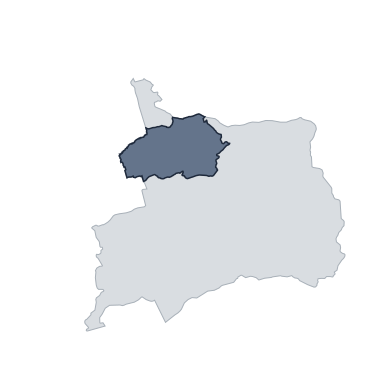 Democratic Republic of the Congo, with Bandundu highlighted, rotated 74°
{"feature_id": "COD-1871", "entity_name": "Bandundu", "entity_type": "Province", "adm_level": 1, "iso_a3": "COD", "parent_name": "Democratic Republic of the Congo", "parent_adm1": "", "projection": "robinson", "projection_center": [18.46, -4.427], "detail": "fine", "context": "in_parent", "style": "filled", "palette": "slate", "viewbox_px": 384, "rotation_deg": 74, "n_neighbors": 0, "source": "natural_earth", "source_scale": "10m", "svg_char_len": 9381}
<svg xmlns="http://www.w3.org/2000/svg" viewBox="0 0 384 384"><g transform="rotate(74 192 192)"><path d="M310.0,253.4L285.7,257.8L286.1,259.4L285.9,261.0L285.3,262.3L282.8,265.7L279.1,268.8L279.1,269.6L280.9,273.1L282.0,277.8L281.7,286.3L282.1,288.6L282.0,290.3L280.8,292.3L278.2,302.5L279.8,307.4L284.6,312.0L287.3,315.4L292.1,316.6L292.8,316.4L293.2,313.6L296.9,312.5L296.8,330.6L296.5,331.6L295.8,331.8L294.9,331.2L294.6,329.5L293.6,328.8L289.0,331.0L287.8,331.0L286.5,330.6L285.6,329.6L285.4,328.3L282.2,323.0L280.6,322.6L278.8,317.9L271.6,314.4L268.8,314.1L267.4,313.1L266.0,309.3L263.5,306.9L263.0,304.3L262.5,303.9L261.1,304.4L259.8,308.7L258.1,309.6L255.1,309.7L247.7,308.5L242.4,306.4L241.0,306.5L238.9,304.5L238.0,301.3L238.5,298.8L238.1,298.4L230.0,300.5L228.0,301.8L226.2,301.5L225.6,300.8L226.4,299.1L226.0,297.2L225.4,296.3L223.0,295.6L222.3,293.6L220.8,293.4L220.3,293.6L220.0,295.0L219.1,295.5L214.2,294.8L209.2,296.6L202.4,296.1L199.2,298.2L198.7,298.2L198.0,297.1L197.4,293.7L197.8,292.7L198.8,292.0L199.1,290.7L198.8,287.1L199.1,286.3L198.7,284.2L197.7,281.0L196.3,278.3L193.3,274.3L192.7,272.4L192.9,268.0L193.9,260.9L193.8,255.6L192.6,252.2L192.3,248.5L193.1,241.9L192.3,240.3L176.9,239.8L176.3,239.3L176.0,238.4L176.7,234.5L167.3,235.4L164.5,236.2L162.8,237.8L162.2,239.8L162.1,242.7L160.7,245.4L160.3,250.1L157.7,250.6L155.1,250.6L150.1,249.6L145.2,250.9L142.8,252.2L141.6,251.6L137.2,252.0L136.6,251.7L131.6,242.5L129.4,239.5L128.9,238.0L129.1,236.6L128.5,234.7L126.2,230.0L125.8,227.8L125.9,224.3L125.6,223.2L123.5,220.2L122.1,219.3L120.6,218.7L95.4,219.2L87.1,218.6L81.0,219.0L77.9,218.7L77.0,218.3L74.3,218.9L72.8,220.2L70.6,220.8L69.3,220.5L66.7,217.2L70.2,216.6L70.5,216.2L70.7,208.1L69.8,206.9L71.7,205.5L74.7,201.9L77.7,200.6L78.1,199.9L78.8,199.9L79.8,201.5L82.4,203.4L85.6,201.7L86.0,201.2L86.4,197.7L87.2,197.4L88.6,198.2L89.3,198.2L90.7,197.2L94.8,195.4L96.0,197.6L94.9,199.7L95.4,201.1L95.5,203.3L96.2,203.8L99.4,204.1L100.4,203.5L106.8,195.5L108.4,194.6L111.1,191.4L114.7,190.0L116.3,187.5L118.3,183.0L119.2,176.5L118.9,165.3L119.2,163.8L123.5,158.8L127.9,149.6L130.9,147.2L133.2,146.2L136.7,142.9L139.4,139.5L139.1,135.5L139.7,132.1L141.2,127.8L141.7,123.3L141.2,118.6L141.4,114.7L143.5,108.5L143.6,101.3L145.5,95.3L149.2,87.8L150.9,82.1L150.5,76.5L151.0,72.4L150.8,70.0L150.2,67.9L150.5,66.6L151.9,66.0L153.6,63.9L156.7,58.4L160.1,55.8L162.4,54.9L164.9,55.0L166.4,55.5L169.0,57.6L172.0,59.4L174.2,61.5L176.3,64.8L181.6,65.6L183.8,66.8L185.2,67.2L185.7,66.9L186.7,67.1L189.2,68.1L191.2,67.5L200.8,69.7L201.9,68.6L204.6,62.9L206.6,60.9L210.0,60.7L212.5,61.8L213.9,61.8L225.8,56.9L227.3,56.7L231.6,57.9L234.4,57.1L235.6,57.3L238.0,56.5L240.0,53.0L241.6,52.2L258.7,55.9L261.3,54.1L262.5,53.9L266.3,55.2L267.5,57.3L269.7,59.1L271.4,62.1L273.9,63.8L275.2,65.4L276.7,66.5L279.8,66.9L283.7,64.2L286.5,64.5L289.3,65.9L290.3,65.9L292.4,64.3L293.5,62.6L294.6,62.2L296.2,63.0L297.6,64.6L298.8,66.8L303.1,72.0L307.2,74.2L308.2,77.3L309.7,77.0L310.5,77.3L311.5,79.3L312.3,79.7L312.4,80.5L311.4,82.4L310.4,86.0L311.7,88.2L310.7,91.4L310.1,94.7L311.5,95.6L313.2,95.5L314.8,97.2L316.0,97.5L317.3,99.3L317.1,100.9L313.0,106.3L306.9,112.9L304.8,113.7L303.8,114.9L303.0,116.8L301.2,118.5L299.9,119.1L299.8,123.9L297.7,128.9L296.9,129.9L295.8,137.9L296.0,139.3L294.9,145.9L295.0,152.0L292.1,153.9L290.0,157.0L289.1,159.1L289.1,164.0L285.8,167.1L285.5,167.8L286.4,171.3L287.6,171.9L287.6,173.1L290.3,176.8L290.1,188.5L290.3,189.6L291.7,192.4L292.6,197.6L291.6,204.3L295.2,216.6L293.5,221.1L294.3,225.4L296.5,229.9L301.7,234.4L303.0,236.2L304.3,238.7L305.5,242.5L310.0,253.4Z" fill="#d9dde1" stroke="#a8b0b8" stroke-width="1"/><path d="M118.9,175.7L118.7,174.3L118.7,174.1L119.1,172.8L119.4,170.6L118.9,167.0L118.9,166.3L118.8,166.1L118.7,165.9L118.7,165.7L118.9,164.7L118.8,164.2L118.9,163.9L119.1,163.5L119.4,163.1L120.1,162.4L120.9,161.6L121.4,161.2L122.6,159.8L123.1,159.5L123.3,159.0L123.7,159.5L124.1,160.2L124.5,160.9L124.6,161.1L124.9,161.1L128.1,161.1L128.2,159.5L128.0,159.2L127.2,158.8L127.1,158.6L127.0,158.3L127.2,158.1L127.5,158.1L129.5,158.3L130.1,158.3L130.5,158.3L132.0,157.0L136.4,154.1L137.1,153.7L138.5,153.3L139.6,152.5L140.1,152.3L141.3,152.1L141.8,151.8L142.9,150.9L143.6,150.1L144.1,149.4L144.6,148.4L144.7,148.2L144.8,148.2L145.2,148.2L147.3,148.6L147.5,148.7L148.3,149.6L148.5,149.7L149.0,150.0L149.6,150.2L150.3,150.2L151.0,149.9L151.7,149.7L152.8,149.8L153.3,149.6L153.6,149.4L153.9,148.9L154.1,148.6L154.2,148.4L154.2,148.2L154.0,147.8L153.5,147.1L153.2,146.6L153.1,146.3L153.1,145.5L153.2,145.2L153.3,144.8L153.5,144.7L154.3,144.3L155.0,143.8L155.2,143.4L155.5,142.6L155.6,142.4L155.9,142.5L156.2,142.9L156.5,143.4L156.7,144.1L156.7,144.8L156.9,146.0L157.0,146.2L157.8,147.5L158.2,148.2L158.7,149.0L159.7,150.3L160.1,151.0L160.7,152.7L161.3,153.7L162.1,155.1L162.2,155.5L162.5,157.0L162.6,157.7L162.7,157.9L163.0,158.0L163.6,158.1L163.8,158.1L164.1,157.8L164.7,156.7L165.0,156.3L165.2,156.2L165.4,156.2L165.8,156.3L166.3,156.7L166.6,157.0L166.7,157.3L166.9,157.9L167.5,159.7L167.8,160.0L168.0,160.2L169.0,160.4L170.3,160.3L171.5,160.4L171.9,160.7L172.3,161.1L172.6,161.5L173.5,161.8L174.3,162.3L174.6,162.4L174.9,162.4L175.0,162.3L176.0,161.7L176.5,161.6L177.3,161.8L177.5,161.7L177.7,161.4L177.9,161.4L178.1,161.5L182.0,166.7L182.2,167.3L182.3,168.4L181.7,169.5L181.7,169.8L181.6,170.3L181.6,170.9L181.5,171.4L181.2,172.0L180.6,172.7L180.1,173.5L177.7,180.2L177.6,180.9L177.4,183.6L177.7,187.2L177.7,188.9L177.8,189.8L177.9,192.3L177.8,192.9L177.6,193.2L177.2,193.7L176.9,194.0L176.4,194.4L175.8,194.6L175.0,194.7L174.9,194.8L174.8,195.1L174.7,195.1L174.2,195.1L173.9,195.3L173.8,195.6L173.7,195.9L173.7,196.4L173.5,196.7L173.4,196.8L173.1,196.6L172.7,196.8L172.3,196.5L171.9,195.9L171.6,195.7L171.4,195.8L171.2,195.6L170.8,195.1L170.4,195.0L169.6,195.0L169.5,195.3L169.5,195.5L169.6,196.2L169.8,196.6L170.1,197.3L170.2,198.0L170.5,198.2L170.6,198.4L170.3,198.9L170.0,199.2L169.8,199.8L169.8,200.9L169.7,201.2L169.7,201.8L169.7,202.4L169.8,202.5L170.1,203.0L170.2,203.4L170.3,203.7L170.5,204.9L170.9,205.7L170.9,205.8L170.8,206.2L170.9,206.4L171.2,206.9L171.5,208.2L171.6,209.8L171.5,210.0L171.3,210.1L171.2,210.6L171.0,211.0L170.9,211.3L171.0,214.1L171.3,215.0L171.4,215.5L171.3,216.0L171.2,216.2L171.2,216.7L171.1,217.0L171.0,217.3L170.6,217.7L170.4,218.3L170.1,218.6L169.7,218.7L169.4,219.3L169.3,219.8L169.0,220.2L168.5,220.6L168.1,220.6L167.8,220.9L167.5,220.8L167.3,221.1L166.9,221.2L166.5,221.8L166.2,221.9L166.1,222.1L165.6,222.4L165.2,222.8L165.0,223.0L164.9,223.6L165.4,228.9L165.7,229.6L166.4,231.0L167.9,233.0L168.1,233.4L168.3,234.2L168.5,235.7L162.7,235.7L163.0,236.4L162.9,236.7L162.4,237.5L162.2,237.9L162.1,240.4L162.2,241.3L162.6,242.3L162.6,242.8L162.2,243.2L162.0,243.4L161.8,244.0L161.7,244.2L161.4,244.3L160.5,244.2L160.5,244.6L160.8,245.8L160.8,246.1L160.8,246.5L160.2,248.6L160.2,249.0L160.2,249.4L160.5,250.6L152.9,250.6L152.6,250.0L152.5,249.6L152.4,249.5L149.5,249.5L149.3,249.7L149.3,250.0L149.4,250.5L148.2,250.5L147.5,250.8L147.3,250.8L146.9,250.6L145.2,250.5L144.3,250.9L144.0,251.1L143.9,251.4L143.9,251.8L144.0,252.2L142.8,252.2L142.5,252.1L141.8,251.5L141.4,251.3L141.0,251.2L140.8,251.3L139.9,251.8L139.3,251.6L138.9,251.6L137.8,252.0L137.5,252.0L136.7,251.8L136.5,251.5L136.7,251.0L136.6,250.8L136.1,250.4L135.9,249.7L135.7,250.0L135.7,249.8L135.7,249.7L135.4,249.5L135.3,249.3L135.5,248.8L135.4,248.6L135.2,248.7L135.1,248.2L134.7,248.2L134.8,248.0L134.8,247.9L134.6,247.9L134.5,247.5L134.4,247.4L134.1,247.3L134.0,247.1L133.7,246.9L133.7,246.7L133.8,246.4L133.6,246.2L133.4,246.1L133.4,245.5L133.3,245.2L133.1,244.7L132.4,244.4L132.2,244.1L132.0,243.3L131.8,243.0L131.5,242.7L131.6,242.4L131.9,242.2L131.5,241.9L131.3,241.8L131.2,241.8L131.1,242.0L130.9,241.9L130.9,241.6L130.9,241.1L130.8,240.9L130.7,240.8L130.3,240.6L129.9,240.2L129.5,240.1L129.5,239.9L129.4,239.5L129.2,239.1L128.9,238.8L128.9,238.7L128.9,237.9L128.6,236.9L128.6,236.6L129.1,236.7L129.1,236.4L129.2,235.9L129.0,235.4L128.9,235.3L128.6,235.2L128.7,234.8L128.6,234.0L128.5,233.6L128.1,233.4L127.7,233.3L127.5,233.2L127.4,233.1L127.2,232.4L126.5,231.3L126.4,231.1L126.3,230.2L126.0,229.2L126.2,228.7L126.3,228.5L125.9,228.1L125.9,227.9L126.0,227.7L125.7,227.7L125.9,227.1L125.9,226.9L125.7,226.9L125.5,226.7L125.5,226.1L125.9,225.9L125.9,225.7L125.8,225.3L125.8,224.2L126.0,223.6L125.6,223.0L125.6,222.8L125.1,222.6L124.9,222.3L124.7,222.1L124.7,221.7L124.4,221.7L124.2,220.4L124.1,220.1L124.3,219.6L123.7,219.3L123.0,219.0L122.5,219.0L121.8,219.2L121.6,219.2L120.9,218.7L120.6,218.6L117.7,218.6L117.9,218.3L118.8,217.5L119.3,216.3L119.4,216.0L119.4,215.5L119.4,213.5L119.3,212.3L119.4,211.5L119.8,209.7L119.8,209.1L119.7,207.4L119.8,206.8L120.1,205.8L120.0,204.1L119.9,203.3L119.8,202.8L120.0,202.4L120.6,201.6L122.1,198.7L122.3,198.5L122.8,198.5L122.9,198.2L123.1,198.0L123.2,197.3L123.4,197.0L123.5,196.9L123.5,196.6L123.6,196.1L123.4,195.8L123.5,195.3L123.5,195.1L123.3,194.7L122.6,194.1L122.4,193.9L121.7,192.6L121.5,192.4L119.8,191.4L119.0,190.8L118.3,190.7L117.4,190.6L116.2,190.8L115.8,190.6L114.9,190.1L115.2,189.7L115.5,188.8L116.1,187.8L116.3,187.1L116.5,186.8L116.6,186.5L117.1,185.3L117.9,184.2L118.2,183.5L118.5,182.7L119.1,181.4L119.3,181.0L119.4,180.4L119.3,180.2L119.0,179.9L118.9,179.6L119.0,178.6L118.8,178.1L118.9,177.3L118.8,176.4L118.9,175.7Z" fill="#64748b" stroke="#1e293b" stroke-width="1.5"/></g></svg>